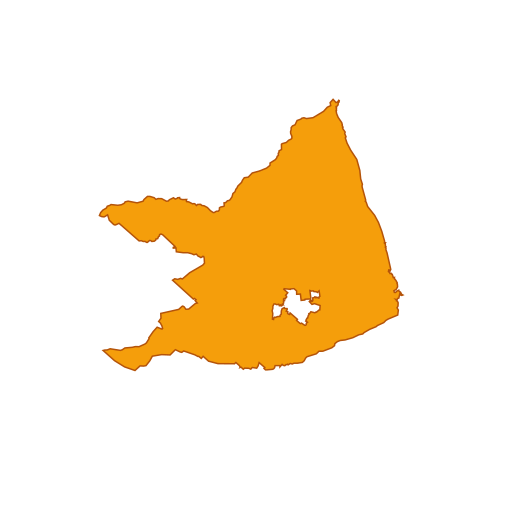 the district of Serdang Bedagai, Sumatera Utara, Indonesia, rotated 41°
{"feature_id": "22746128B52277249956552", "entity_name": "Serdang Bedagai", "entity_type": "district", "adm_level": 2, "iso_a3": "IDN", "parent_name": "Indonesia", "parent_adm1": "Sumatera Utara", "projection": "orthographic", "projection_center": [99.078, 3.349], "detail": "fine", "context": "isolated", "style": "filled", "palette": "amber", "viewbox_px": 512, "rotation_deg": 41, "n_neighbors": 0, "source": "geoboundaries", "source_scale": "gbopen_adm2", "svg_char_len": 6152}
<svg xmlns="http://www.w3.org/2000/svg" viewBox="0 0 512 512"><g transform="rotate(41 256 256)"><path d="M357.6,309.7L360.8,305.9L361.1,303.4L360.4,300.4L360.6,298.5L365.7,290.2L366.0,286.6L368.9,284.0L373.4,275.6L374.1,272.2L373.0,270.4L373.6,267.2L375.0,264.5L378.3,260.9L382.7,254.1L385.3,248.0L387.7,244.8L387.8,242.9L389.9,236.8L393.0,230.6L393.3,228.7L396.1,222.5L396.3,219.3L397.2,216.7L401.7,207.6L398.9,203.4L396.4,202.6L396.0,200.6L393.9,198.0L392.3,197.3L391.4,197.6L391.2,197.0L390.1,197.0L391.1,196.4L390.8,195.0L391.4,194.1L389.0,189.6L390.5,190.5L391.2,190.5L391.9,190.1L392.4,189.1L391.1,189.4L388.9,188.5L386.4,188.7L386.1,188.3L385.3,190.3L385.3,191.9L384.3,192.7L382.8,191.7L383.7,189.4L383.1,186.4L381.1,184.4L380.5,184.3L380.2,183.6L377.5,182.6L375.6,182.4L375.1,181.8L374.5,181.9L374.4,181.5L373.8,182.2L370.8,180.4L370.2,180.8L369.3,180.4L368.6,181.3L367.6,180.8L366.2,180.9L365.3,179.4L366.2,178.7L366.5,179.3L367.0,179.3L366.5,177.7L352.9,167.7L349.9,166.0L348.8,164.6L348.0,164.6L347.8,163.6L347.3,163.7L345.4,161.8L345.0,162.0L345.0,161.1L344.1,161.6L343.4,160.5L334.8,154.9L326.5,150.4L318.9,147.5L307.8,145.4L303.7,143.0L302.6,143.0L302.2,141.9L291.3,134.6L290.0,133.5L289.3,132.1L284.5,129.2L278.2,123.3L268.7,117.0L258.0,114.0L250.7,111.1L246.3,108.5L245.7,107.9L245.8,107.0L242.6,105.4L242.0,104.0L238.1,103.0L236.9,102.1L237.1,101.7L235.2,100.8L235.0,100.3L233.2,99.1L227.1,97.5L223.5,95.7L221.1,93.8L221.3,93.4L219.0,91.2L219.4,91.2L218.8,90.5L218.8,88.1L217.5,86.4L217.7,85.5L217.0,84.2L216.3,84.2L216.5,86.3L215.7,87.7L211.4,87.2L211.3,91.6L213.7,93.5L212.2,96.9L212.1,102.5L208.3,114.2L203.9,119.2L201.5,120.2L200.2,121.9L200.0,123.4L198.1,126.8L199.4,131.3L198.2,133.9L198.3,136.0L199.7,137.7L200.5,139.5L201.8,140.8L204.5,142.1L205.8,143.6L205.8,144.8L204.7,147.2L204.4,150.4L202.0,154.1L201.9,155.0L205.4,158.9L204.4,161.5L205.4,162.9L205.4,163.9L206.9,165.4L206.6,166.9L207.3,168.4L207.4,170.6L205.6,176.6L207.1,178.4L206.3,182.8L202.7,189.8L198.7,195.8L198.4,201.6L195.8,204.6L196.1,207.7L196.8,209.9L196.4,215.2L197.0,217.2L197.0,218.8L198.0,221.3L197.6,224.0L199.1,227.1L199.5,230.5L199.3,231.6L198.2,233.1L198.1,235.5L197.0,236.9L198.9,238.7L199.2,239.5L197.1,242.4L196.8,243.6L198.1,245.2L198.2,246.8L196.7,248.3L196.0,250.5L195.2,251.3L191.8,251.7L187.6,251.3L184.0,252.1L181.8,253.5L180.5,253.3L179.9,253.7L178.1,255.4L177.9,257.0L175.8,256.7L174.8,257.1L174.0,258.2L169.7,259.3L167.9,260.5L167.2,260.1L166.6,258.8L163.7,261.5L161.9,262.5L160.7,262.7L160.0,262.0L158.6,263.5L158.7,264.1L157.7,266.0L155.5,266.2L153.7,270.4L153.7,272.0L152.5,273.4L147.2,274.6L144.4,276.9L143.3,278.9L140.9,278.8L136.9,280.6L135.0,282.2L134.4,286.8L134.8,288.8L131.4,293.9L123.5,298.5L121.7,301.0L122.0,302.5L120.8,305.6L118.4,308.4L112.8,312.3L112.5,313.6L111.1,316.0L111.6,318.0L110.3,321.9L110.3,325.2L111.3,328.2L113.5,327.6L115.1,326.6L115.9,325.8L117.0,322.3L121.9,325.3L127.7,325.6L128.7,325.4L129.6,324.7L131.2,321.2L157.9,321.3L159.4,319.7L161.4,319.0L162.7,317.8L164.5,317.5L165.1,317.0L165.5,314.1L166.5,313.4L167.8,313.4L169.5,311.6L169.9,309.9L169.3,308.9L170.4,307.4L169.7,305.4L170.0,304.2L169.2,303.1L169.6,302.1L170.4,301.5L171.9,301.2L188.8,301.9L188.9,302.5L188.5,302.4L187.9,303.8L188.4,304.3L190.3,302.4L193.1,305.1L198.9,301.3L202.3,298.3L206.1,296.4L208.3,295.8L209.7,293.7L212.7,294.1L213.5,293.6L215.2,293.5L215.9,292.6L215.9,291.4L216.8,290.7L218.2,291.5L221.8,295.2L221.8,297.8L216.9,312.2L215.5,321.6L213.7,322.4L212.3,325.0L209.6,326.5L208.9,329.0L237.0,329.6L237.4,328.4L239.4,328.3L239.3,329.6L242.5,330.0L241.4,331.7L240.0,340.3L238.0,342.2L235.2,341.5L233.6,341.8L233.2,342.6L232.7,347.0L221.8,361.8L225.1,365.3L225.5,369.3L227.7,369.3L230.9,370.5L233.1,372.0L233.0,372.8L232.4,373.1L228.1,374.6L228.0,380.5L228.8,388.1L229.5,388.5L230.3,393.6L229.9,395.4L227.2,401.2L224.4,403.5L222.6,406.0L217.4,411.4L216.6,414.5L215.6,416.2L206.8,421.7L205.3,424.6L203.7,426.0L202.6,427.6L217.9,427.8L229.6,425.9L239.8,421.8L240.6,415.0L243.4,412.8L244.9,410.9L244.6,404.8L243.5,399.6L249.4,392.4L256.1,387.0L256.6,379.6L261.7,378.2L263.2,377.4L263.7,375.2L264.7,374.7L274.7,370.7L278.1,369.9L278.6,369.3L281.9,369.2L281.9,366.4L289.2,366.5L297.9,362.2L310.5,351.4L310.7,349.6L315.2,349.6L317.0,350.2L317.1,350.6L317.6,349.7L320.7,349.8L321.0,348.1L324.2,345.5L326.3,344.8L326.3,342.6L330.1,340.2L329.7,337.6L328.3,334.4L335.8,334.4L335.8,335.6L337.9,335.7L338.7,335.0L342.8,330.7L343.3,329.7L343.3,328.1L342.3,326.2L346.0,323.0L346.8,323.9L346.8,320.7L348.3,320.7L349.7,319.9L349.9,318.3L350.7,317.6L350.7,317.1L351.7,317.0L352.3,314.7L354.2,313.7L355.0,312.0L357.6,309.7ZM326.5,240.9L330.7,244.5L330.4,245.5L331.1,246.3L330.7,246.8L328.9,247.2L328.7,248.2L327.9,247.9L327.2,248.2L327.2,249.1L326.3,250.4L327.9,252.0L328.2,252.9L327.7,252.9L327.7,253.6L327.1,253.6L327.1,253.1L326.7,253.5L326.9,254.1L326.1,254.0L326.1,255.4L330.0,255.8L331.4,253.6L336.9,251.3L339.5,254.8L339.0,255.3L338.5,258.7L338.1,258.8L337.7,260.2L334.0,262.1L334.2,264.1L333.7,264.8L334.4,265.3L334.4,266.4L335.6,268.9L335.3,269.0L335.6,271.1L336.1,271.4L336.2,272.5L338.3,272.2L338.1,273.8L338.9,274.7L338.9,275.7L338.4,276.3L334.4,276.8L334.0,277.8L333.3,278.0L328.9,278.0L328.8,276.6L319.1,276.6L319.7,278.1L318.5,278.6L317.4,278.5L316.7,277.2L315.0,277.8L314.6,275.9L314.0,275.3L312.0,276.8L311.2,276.4L310.3,278.7L311.2,280.9L313.2,283.4L313.1,285.0L313.8,285.8L311.8,287.8L311.2,289.4L310.3,289.8L310.1,291.1L310.9,292.4L309.9,292.9L306.3,288.3L304.1,286.7L303.0,284.4L301.7,282.9L301.0,280.5L301.9,279.6L303.6,279.1L304.8,277.5L306.2,278.2L306.5,276.8L307.0,276.7L307.5,277.3L307.9,277.1L308.2,276.2L307.6,275.3L308.5,274.9L307.6,274.5L307.7,273.3L306.4,272.1L306.8,271.1L305.7,271.1L305.0,270.4L305.1,269.5L306.1,269.4L306.3,268.8L305.8,267.8L306.1,267.0L305.5,266.3L304.1,266.2L304.1,262.9L298.9,262.9L298.7,262.2L303.8,258.6L303.6,258.3L306.1,255.7L309.5,255.7L311.8,258.2L314.5,255.6L319.2,259.9L321.7,257.2L321.3,256.7L321.9,255.9L325.4,252.6L324.7,251.5L319.3,246.7L319.7,246.5L320.1,246.9L322.0,244.8L323.0,244.9L325.0,243.4L326.3,243.2L326.5,240.9Z" fill="#f59e0b" stroke="#b45309" stroke-width="1.5"/></g></svg>